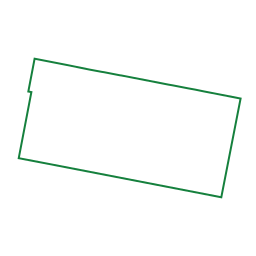 Todd, South Dakota, United States of America (Natural Earth projection), rotated 191°
{"feature_id": "52423323B83627610522987", "entity_name": "Todd", "entity_type": "district", "adm_level": 2, "iso_a3": "USA", "parent_name": "United States of America", "parent_adm1": "South Dakota", "projection": "natural_earth1", "projection_center": [-100.67, 43.194], "detail": "fine", "context": "isolated", "style": "outline", "palette": "green", "viewbox_px": 256, "rotation_deg": 191, "n_neighbors": 0, "source": "geoboundaries", "source_scale": "gbopen_adm2", "svg_char_len": 464}
<svg xmlns="http://www.w3.org/2000/svg" viewBox="0 0 256 256"><g transform="rotate(191 128 128)"><path d="M23.1,178.4L23.3,178.4L60.7,178.4L69.5,178.5L76.8,178.4L78.0,178.4L88.6,178.4L92.4,178.4L96.6,178.3L144.6,178.3L145.9,178.2L160.6,178.2L162.5,178.2L164.5,178.1L177.0,178.0L200.9,178.2L202.1,178.2L215.5,178.2L216.8,178.2L232.9,178.2L232.8,144.8L229.7,144.8L229.5,77.5L205.5,77.6L23.2,77.8L23.1,178.4Z" fill="none" stroke="#15803d" stroke-width="2"/></g></svg>